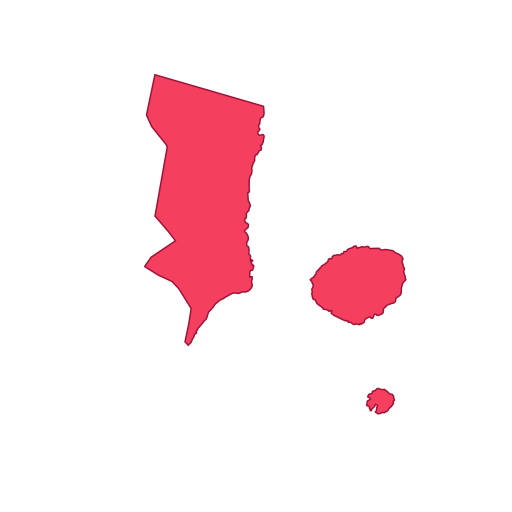 the district of Sumkar District, Madang, Papua New Guinea, rotated 49°
{"feature_id": "67681753B60776000026411", "entity_name": "Sumkar District", "entity_type": "district", "adm_level": 2, "iso_a3": "PNG", "parent_name": "Papua New Guinea", "parent_adm1": "Madang", "projection": "mercator", "projection_center": [145.886, -4.793], "detail": "fine", "context": "isolated", "style": "filled", "palette": "rose", "viewbox_px": 512, "rotation_deg": 49, "n_neighbors": 0, "source": "geoboundaries", "source_scale": "gbopen_adm2", "svg_char_len": 6169}
<svg xmlns="http://www.w3.org/2000/svg" viewBox="0 0 512 512"><g transform="rotate(49 256 256)"><path d="M52.9,213.4L77.8,246.2L90.0,249.8L113.3,250.7L115.7,251.7L159.6,306.0L180.0,306.1L191.7,306.8L188.1,336.0L190.8,346.7L191.3,346.9L206.7,342.1L220.1,336.1L230.2,335.7L253.1,339.4L263.4,351.6L274.1,365.8L278.9,365.7L278.7,364.4L278.6,361.5L276.8,358.3L276.6,356.9L276.1,355.7L275.2,354.4L274.9,353.7L275.1,351.5L274.8,351.1L274.1,351.1L273.7,350.6L273.2,348.3L272.7,347.6L272.4,346.7L272.3,344.6L272.1,344.1L271.5,339.7L271.2,339.4L271.0,338.4L271.0,335.1L270.3,333.5L269.7,332.9L269.6,332.2L268.6,331.1L267.3,328.8L267.0,327.0L267.0,325.4L266.4,321.7L265.5,318.2L265.7,313.6L265.6,312.8L266.4,309.2L266.9,308.3L266.7,307.5L268.6,298.6L269.5,296.7L270.5,295.7L271.8,294.7L272.7,293.7L273.6,291.9L273.7,290.9L274.2,289.7L276.5,287.3L276.9,286.2L277.3,284.8L277.4,282.1L277.1,280.9L276.3,278.8L275.7,278.2L274.6,277.4L272.5,276.2L271.9,275.7L271.2,274.4L269.8,273.0L269.0,272.6L268.5,273.1L267.9,274.5L266.3,273.4L265.4,272.3L264.1,271.4L263.6,270.1L263.6,269.0L264.4,267.9L264.4,267.6L263.5,266.6L262.9,265.1L261.8,264.1L261.2,264.0L260.9,264.2L260.9,264.7L260.5,265.0L259.4,264.3L258.5,264.0L257.2,263.9L255.8,263.3L254.2,261.9L252.8,260.4L251.5,259.9L249.6,260.0L246.7,257.1L244.3,255.7L243.7,255.7L243.1,256.2L242.5,256.2L241.3,255.6L239.6,253.9L238.9,251.9L238.2,250.7L236.8,249.6L235.4,248.9L232.9,248.3L231.5,248.3L230.7,248.6L229.7,248.4L229.2,247.5L229.3,243.6L228.8,242.6L227.3,241.1L225.8,241.1L224.4,241.8L223.6,241.9L222.6,241.6L221.5,241.1L220.8,240.2L220.9,238.6L220.6,238.1L218.8,236.3L217.8,235.6L217.3,234.8L217.0,232.8L217.2,232.2L216.9,231.5L215.5,229.7L214.5,227.5L213.6,226.8L212.9,226.7L211.4,226.0L209.3,225.4L208.4,225.0L202.9,220.8L203.3,219.5L202.8,218.6L202.2,218.0L200.3,216.7L194.4,211.4L192.1,208.5L191.6,207.4L191.5,206.4L190.9,205.4L189.4,203.5L186.3,201.1L185.5,199.3L184.3,197.6L183.8,196.4L183.5,195.1L183.0,194.3L182.5,194.0L180.1,191.5L179.6,190.0L180.1,188.8L180.0,188.0L178.7,184.5L178.7,183.9L179.3,182.9L179.1,182.5L178.6,181.6L177.6,180.7L175.5,180.1L175.9,179.1L175.9,178.4L175.6,177.7L174.5,175.5L172.7,173.6L171.7,172.1L170.6,171.1L169.1,171.0L168.6,171.4L168.1,172.9L167.3,173.9L166.6,174.4L165.7,174.5L164.6,174.1L163.5,173.2L163.4,171.0L163.1,170.3L162.6,169.8L161.3,169.8L159.4,168.6L158.8,167.9L158.9,167.0L158.6,166.4L155.5,163.0L155.1,162.2L155.1,160.9L155.6,159.5L155.4,158.8L154.4,157.2L153.1,155.9L148.0,152.1L52.9,213.4ZM373.4,164.3L373.0,163.4L372.6,162.0L372.3,158.8L371.7,158.1L370.3,157.8L369.8,157.4L369.6,156.9L368.2,156.5L365.2,155.1L364.0,154.0L363.4,152.8L362.8,152.2L362.0,151.9L360.7,151.7L359.8,151.4L358.6,150.4L356.8,150.1L356.1,149.4L354.6,147.0L353.5,146.6L352.6,146.5L351.7,146.2L351.0,146.3L349.0,147.0L348.3,147.0L347.4,147.4L344.9,148.8L343.4,148.8L341.8,149.3L340.9,149.8L339.3,151.4L338.0,152.2L336.3,153.8L335.5,154.7L334.6,156.6L333.5,157.5L332.6,157.9L330.9,158.1L326.4,163.5L326.0,164.3L325.2,165.1L323.3,165.0L322.3,165.2L321.4,166.1L321.1,166.8L321.0,167.7L320.6,168.3L319.8,169.0L319.2,169.2L318.2,170.3L317.6,172.3L317.0,173.1L316.5,174.7L314.7,174.0L314.2,174.0L313.6,174.4L313.0,175.5L312.9,177.4L312.4,179.3L311.8,180.4L311.3,181.8L311.3,183.1L311.9,184.4L311.6,185.1L310.5,186.5L310.6,187.5L311.5,188.4L311.4,188.8L310.4,189.6L310.3,190.2L310.6,192.2L309.3,192.9L308.6,193.6L307.5,195.7L306.8,196.5L306.5,197.7L306.7,199.0L307.4,199.8L307.6,200.4L307.5,201.2L306.8,201.9L306.3,202.0L306.1,202.4L306.1,203.1L306.3,203.9L307.2,205.3L307.4,206.3L307.4,207.2L307.2,208.0L307.2,209.7L306.6,213.1L307.0,213.8L307.1,216.7L307.6,217.2L307.7,217.8L307.4,218.5L307.5,219.8L307.8,221.1L309.0,222.4L309.0,223.7L309.7,226.4L309.7,227.6L309.5,228.4L309.4,230.4L309.6,230.7L312.0,230.7L313.0,231.3L314.2,231.4L315.9,232.3L316.6,233.0L317.7,235.7L319.4,236.7L320.7,238.0L320.8,238.3L321.5,239.0L322.7,239.5L323.6,240.2L325.8,241.1L326.6,241.1L327.8,240.0L328.5,240.0L329.5,240.6L331.4,241.1L333.0,241.0L338.5,239.7L339.5,240.0L340.2,240.0L341.8,238.7L343.4,237.7L344.8,237.2L345.4,237.2L345.9,236.9L346.2,236.2L346.2,235.6L346.5,235.0L347.2,235.0L347.8,235.5L348.1,236.2L348.6,236.8L350.5,236.3L352.2,236.2L353.0,235.6L354.9,234.9L355.5,234.3L357.4,233.9L358.2,233.3L359.5,233.0L363.6,231.0L364.3,230.3L364.8,229.3L365.5,229.3L366.1,229.8L366.5,229.8L367.8,228.5L369.0,227.8L370.3,227.7L371.8,227.1L372.8,225.8L373.3,224.5L375.3,223.3L375.9,222.7L375.3,221.9L375.7,221.3L376.1,221.3L376.6,220.9L376.7,219.5L376.9,219.1L376.9,218.0L376.5,217.0L376.0,216.6L375.5,215.5L375.5,214.0L376.1,210.9L376.4,210.4L377.1,210.0L378.6,209.9L379.2,209.3L379.3,208.3L378.7,206.8L377.8,205.4L377.8,204.6L378.2,204.0L378.8,203.7L379.7,203.7L380.3,203.5L381.1,202.7L382.3,198.8L382.2,197.6L382.0,197.0L379.4,194.2L379.3,192.3L379.5,191.8L379.5,191.3L379.1,190.4L379.1,189.0L380.2,186.5L380.4,185.6L381.6,183.4L381.9,182.2L381.9,181.2L381.3,179.9L379.8,178.4L379.8,177.0L380.1,174.6L380.1,172.9L379.9,172.0L379.4,171.0L376.4,168.0L375.7,167.6L374.3,165.3L373.4,164.3ZM458.4,262.0L458.6,261.5L458.7,260.2L459.1,259.1L459.1,257.9L458.5,256.3L458.3,254.9L458.4,252.9L457.8,249.9L457.5,249.2L456.8,248.5L456.2,248.3L455.7,247.8L455.7,246.2L455.0,245.7L453.9,245.5L452.2,244.2L451.1,244.0L449.6,244.0L448.4,245.2L447.7,245.5L446.1,245.8L444.0,245.8L442.9,246.3L442.2,246.3L441.0,246.6L440.6,247.0L440.2,247.8L439.3,248.7L437.8,249.8L436.0,250.7L435.5,252.2L435.8,254.5L434.7,256.4L434.7,257.1L435.3,257.7L435.8,258.6L434.6,261.1L434.6,261.9L435.3,263.7L435.8,264.1L436.4,264.0L437.3,263.3L438.2,263.2L438.9,263.4L439.1,263.7L439.2,264.1L438.9,264.6L438.9,265.8L438.6,266.4L438.6,267.1L438.9,267.7L440.1,268.7L440.7,269.8L441.3,270.4L441.9,270.4L443.4,269.3L443.9,269.3L444.4,269.5L445.1,270.2L446.4,270.4L447.7,271.2L448.2,270.7L448.2,270.2L447.6,269.2L447.3,265.0L446.6,263.8L446.6,262.9L448.4,262.4L448.8,262.5L449.2,263.2L449.4,264.1L451.3,266.1L451.8,266.9L451.9,268.0L452.6,268.2L455.2,267.4L455.5,267.0L456.2,265.8L456.7,264.1L457.1,263.3L458.4,262.0ZM257.2,262.5L257.5,262.1L257.4,261.7L256.3,261.6L255.9,261.8L255.9,262.1L256.3,262.5L257.2,262.5Z" fill="#f43f5e" stroke="#9f1239" stroke-width="1.5"/></g></svg>